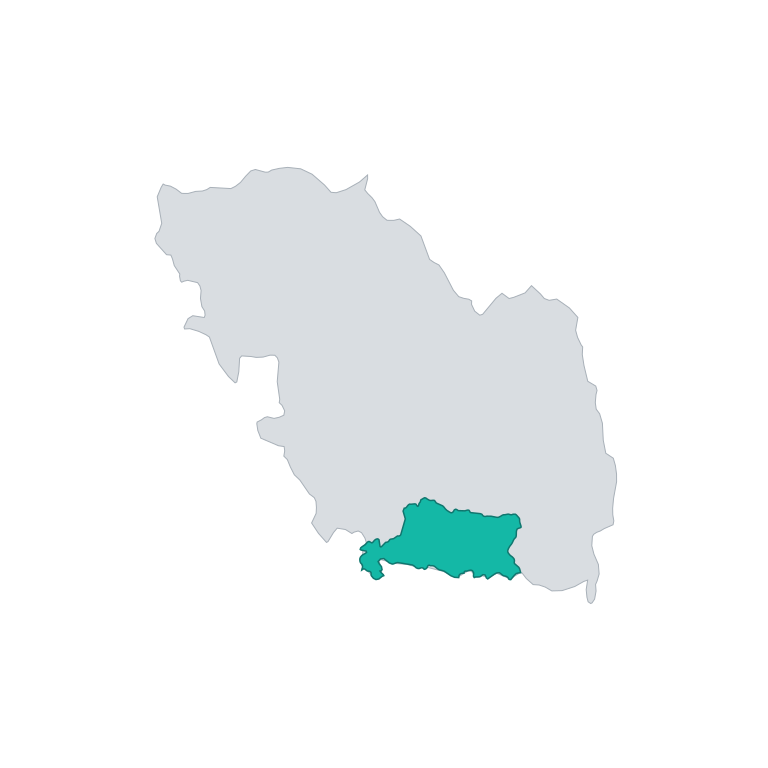 Ústecký on a map of Czechia (Mercator projection), rotated 214°
{"feature_id": "CZE-10368", "entity_name": "Ústecký", "entity_type": "Region", "adm_level": 1, "iso_a3": "CZE", "parent_name": "Czechia", "parent_adm1": "", "projection": "mercator", "projection_center": [13.915, 50.559], "detail": "fine", "context": "in_parent", "style": "filled", "palette": "teal", "viewbox_px": 768, "rotation_deg": 214, "n_neighbors": 0, "source": "natural_earth", "source_scale": "10m", "svg_char_len": 6788}
<svg xmlns="http://www.w3.org/2000/svg" viewBox="0 0 768 768"><g transform="rotate(214 384 384)"><path d="M678.9,426.3L676.7,426.5L671.7,428.6L665.3,429.3L658.3,428.9L652.9,432.5L647.8,438.4L642.5,442.4L639.6,446.1L638.0,449.8L620.2,460.4L617.7,464.8L615.7,470.8L614.9,478.8L613.6,486.1L610.6,489.9L600.9,493.2L598.5,494.9L596.7,498.6L591.3,504.3L585.0,509.7L573.4,515.8L560.9,517.7L544.6,515.7L535.1,513.3L530.5,515.9L524.2,523.9L517.3,537.7L514.5,548.1L512.4,545.1L508.5,534.2L504.0,532.8L498.0,531.7L493.5,530.1L483.7,523.8L478.7,521.9L473.0,521.4L467.4,525.1L463.3,529.5L450.3,529.4L436.2,527.4L415.9,512.8L410.6,512.7L405.0,513.4L396.1,509.9L378.9,500.5L370.9,498.2L365.8,499.6L361.1,501.7L357.8,501.9L355.9,498.9L349.5,495.1L343.1,494.6L341.2,496.9L339.1,517.7L336.9,525.2L328.1,524.8L324.9,528.4L318.0,538.4L316.7,548.0L304.6,546.1L298.9,544.5L293.9,545.7L288.3,551.0L272.8,550.7L260.5,547.6L255.2,535.7L249.6,530.9L242.5,526.7L240.0,525.8L236.1,519.3L228.6,511.2L216.6,500.2L207.3,500.7L203.8,497.8L202.3,493.7L198.4,486.7L194.0,481.8L188.6,479.9L181.0,473.6L170.8,460.0L161.4,450.6L152.4,450.7L146.6,445.8L140.8,439.3L136.5,433.0L129.8,417.7L125.0,408.9L121.2,403.5L116.9,399.0L115.4,395.4L120.6,387.2L122.5,383.1L124.7,380.0L126.1,376.7L126.0,374.2L121.3,366.1L114.8,360.3L105.4,354.3L99.4,346.8L97.2,339.9L96.5,336.1L92.4,330.9L89.1,323.4L89.1,318.9L89.9,317.6L93.0,317.6L96.5,320.7L101.4,326.6L105.5,335.3L108.0,332.0L112.6,322.8L120.8,312.3L129.2,306.3L136.8,305.8L143.0,304.1L148.2,301.1L157.2,302.3L163.7,304.5L165.8,303.2L168.4,297.7L170.1,293.0L184.6,290.2L189.5,281.1L192.3,281.1L195.5,279.8L198.5,276.3L201.5,274.9L203.8,276.6L206.9,277.7L210.0,275.6L214.8,265.1L217.4,263.4L230.1,261.8L247.3,255.6L256.0,250.1L264.6,247.1L273.8,241.8L288.5,236.6L289.2,234.5L282.4,229.1L280.1,225.7L278.6,222.3L281.0,218.4L284.2,217.3L288.3,218.9L300.6,221.1L303.9,223.4L305.1,228.8L308.3,233.8L310.8,234.4L309.9,242.6L313.8,245.7L319.5,248.2L323.2,247.7L326.0,244.4L327.0,242.1L334.6,241.8L342.2,238.3L342.8,232.6L342.3,222.0L343.1,220.5L354.7,223.5L366.3,228.3L367.9,238.8L371.0,243.9L374.7,248.6L378.2,250.8L384.3,251.1L400.0,257.3L407.6,258.6L415.3,262.9L421.9,267.3L426.7,268.2L428.9,273.0L431.8,276.3L437.0,273.8L455.8,270.2L462.6,274.9L467.2,279.9L467.9,281.5L465.5,285.9L464.3,289.3L462.4,291.6L455.9,294.0L452.2,297.9L449.6,302.1L451.3,306.2L456.6,309.3L460.4,309.9L461.8,312.9L473.8,326.2L483.4,343.4L487.1,346.1L490.6,346.8L494.6,344.2L499.3,338.7L504.8,334.6L509.5,332.5L517.7,327.7L518.1,324.6L511.2,312.9L507.2,303.4L508.1,301.7L517.0,303.2L531.9,308.4L555.0,325.3L559.1,325.3L567.2,324.0L575.9,321.3L580.1,318.1L581.6,319.3L583.0,328.6L580.7,333.7L570.2,338.6L570.8,341.0L573.5,344.2L578.2,346.3L584.0,352.3L587.9,359.2L591.4,362.3L595.2,363.8L604.7,360.2L607.4,357.3L608.6,355.3L610.5,355.7L613.8,359.1L614.8,361.0L624.1,364.9L629.4,369.5L632.8,371.7L636.6,369.6L651.3,373.3L655.3,376.5L656.6,381.7L655.9,384.8L658.1,392.9L676.7,412.4L678.7,422.4L678.9,426.3Z" fill="#d9dde1" stroke="#a8b0b8" stroke-width="1"/><path d="M284.1,217.0L287.4,218.0L288.0,218.6L288.5,219.4L289.1,220.2L290.0,220.7L291.0,220.7L293.4,219.6L296.6,219.8L297.6,219.3L298.4,217.3L298.9,218.5L299.1,219.4L299.4,220.2L300.2,221.3L301.3,222.1L303.6,222.7L304.7,223.5L305.8,224.8L306.4,225.9L306.7,227.3L306.5,229.4L305.9,231.0L304.8,233.0L304.3,234.7L305.3,235.5L310.2,233.5L311.2,233.5L311.7,235.1L311.2,236.9L309.7,240.4L309.4,242.9L309.4,243.3L309.1,244.1L308.9,244.5L308.6,244.9L308.1,245.2L305.5,245.4L305.1,245.7L304.9,246.1L304.7,246.9L304.5,249.0L304.2,250.0L303.8,250.9L303.2,251.6L302.6,252.1L301.9,252.2L301.1,252.1L296.6,247.3L295.9,247.0L295.5,247.2L295.1,247.9L294.1,253.6L293.0,254.6L292.6,255.1L292.3,255.8L292.2,256.4L292.2,257.9L292.1,258.5L291.8,259.0L289.9,260.8L289.5,261.3L287.9,265.5L286.7,266.3L286.3,266.7L286.0,267.2L285.8,267.9L285.9,268.6L290.9,284.1L297.1,289.3L297.8,292.4L297.2,292.8L296.8,293.3L296.6,293.9L296.5,294.3L296.4,295.0L296.4,295.8L296.3,296.9L296.0,298.0L295.8,298.3L295.7,298.6L295.1,299.0L294.4,299.4L291.9,301.5L291.1,302.0L290.6,302.2L290.1,302.2L289.7,302.0L288.5,301.5L287.8,301.4L287.5,301.7L287.4,302.2L287.5,302.8L287.9,304.0L288.1,304.5L288.1,305.0L288.0,305.9L288.0,306.4L288.1,306.8L288.4,307.8L288.6,308.3L288.6,308.8L288.5,309.1L288.1,309.7L287.9,310.0L287.7,310.6L287.4,311.3L286.7,312.4L286.0,312.7L285.4,312.9L283.8,312.8L281.4,313.0L280.7,313.2L279.9,313.7L278.1,315.2L277.4,315.5L277.0,315.7L274.1,314.6L267.2,315.8L265.5,315.5L263.4,314.8L261.3,314.4L257.6,314.5L256.6,314.7L255.9,315.1L255.5,315.7L255.3,316.2L255.2,317.0L255.2,317.6L255.3,318.5L255.3,318.9L255.1,319.4L254.6,320.2L253.9,320.5L253.2,320.6L252.0,320.5L251.2,320.8L246.0,324.1L245.5,324.7L244.9,325.4L244.4,326.0L243.4,326.7L242.8,326.8L242.2,326.6L241.6,326.2L240.9,325.9L240.1,325.9L231.8,330.3L230.3,330.7L229.8,330.7L229.5,330.6L228.9,330.3L228.4,330.2L227.4,330.1L226.7,330.4L226.0,330.8L225.7,331.0L224.9,331.9L221.2,334.3L216.0,336.5L215.0,337.1L214.5,337.6L213.4,339.5L212.5,341.5L211.7,342.5L210.7,343.2L208.4,345.5L207.6,345.9L206.2,346.3L205.1,346.9L204.2,348.2L202.3,349.5L201.1,349.5L197.2,348.5L196.4,348.1L195.8,347.5L194.9,346.2L194.1,345.3L193.0,344.4L191.2,343.0L190.6,342.4L190.3,341.9L190.4,341.4L190.6,341.1L191.9,339.4L192.2,338.9L192.5,338.2L192.3,337.1L191.7,335.6L189.9,332.8L189.2,331.4L189.0,330.3L189.2,329.6L189.3,329.0L189.4,328.3L189.3,326.8L189.0,325.1L188.8,323.5L188.8,322.6L189.0,319.6L188.9,318.4L188.8,317.3L188.4,315.4L187.9,314.6L187.4,313.9L186.0,313.2L183.5,312.5L180.9,312.4L178.7,311.9L177.6,311.1L176.9,310.3L176.4,309.1L175.9,308.5L175.4,308.1L169.7,307.4L168.2,306.6L165.3,304.1L167.2,302.2L168.4,300.8L169.0,298.3L169.5,292.7L170.3,292.2L171.0,292.0L171.7,292.1L172.4,292.6L173.2,292.9L174.0,292.9L174.8,292.9L175.6,292.7L178.1,291.8L182.7,292.1L184.9,290.5L186.1,288.2L189.0,280.4L190.7,280.5L192.1,281.5L193.6,282.2L195.4,281.2L196.4,278.4L196.9,277.6L200.1,275.2L200.7,274.6L200.7,274.2L201.0,274.0L202.0,274.4L202.5,274.9L203.7,277.0L204.3,277.7L206.3,278.7L207.9,278.3L209.4,276.9L210.9,275.0L211.8,274.5L212.3,273.9L212.4,273.0L211.9,271.9L213.3,270.8L214.5,269.3L214.8,267.4L213.8,265.3L217.4,263.2L221.4,262.4L229.2,262.5L230.9,262.1L234.2,260.9L236.1,260.7L240.1,261.1L241.7,260.8L244.2,259.2L244.8,259.2L245.3,259.0L245.9,258.2L245.9,257.5L245.7,256.5L245.6,255.3L246.0,254.0L246.8,253.0L247.5,252.9L248.4,253.2L249.5,253.0L250.4,252.4L251.7,250.6L252.7,250.0L254.4,249.6L257.6,250.0L259.2,249.9L272.9,243.6L273.9,242.6L275.5,240.2L276.5,239.3L279.6,238.6L286.5,239.2L289.1,237.0L289.6,233.5L287.3,232.2L284.0,231.2L281.8,229.0L281.9,227.5L282.6,227.0L282.8,226.7L281.0,226.0L278.1,225.6L277.0,225.0L278.0,223.5L279.2,219.5L281.3,217.4L284.1,217.0Z" fill="#14b8a6" stroke="#0f766e" stroke-width="1.5"/></g></svg>